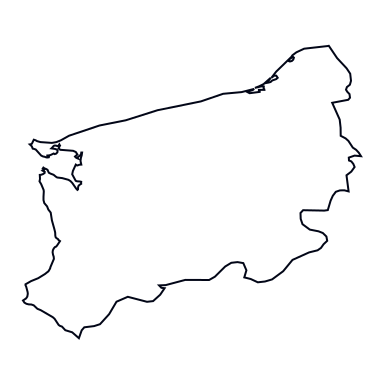 West Pomeranian, Natural Earth projection
{"feature_id": "POL-3142", "entity_name": "West Pomeranian", "entity_type": "Voivodeship", "adm_level": 1, "iso_a3": "POL", "parent_name": "Poland", "parent_adm1": "", "projection": "natural_earth1", "projection_center": [15.248, 53.587], "detail": "fine", "context": "isolated", "style": "outline", "palette": "ink", "viewbox_px": 384, "rotation_deg": 0, "n_neighbors": 0, "source": "natural_earth", "source_scale": "10m", "svg_char_len": 3507}
<svg xmlns="http://www.w3.org/2000/svg" viewBox="0 0 384 384"><path d="M78.9,338.2L72.2,332.3L65.3,330.2L62.0,326.6L59.8,325.8L58.6,324.9L54.6,318.8L52.8,317.2L40.6,310.1L37.4,308.8L33.7,305.3L31.3,304.5L28.8,304.4L26.4,303.8L24.4,302.6L23.0,300.5L26.1,298.4L27.3,296.6L27.8,293.8L27.6,292.0L26.2,286.7L25.5,285.2L25.5,284.3L31.1,281.1L38.2,278.2L45.0,274.0L48.5,271.2L50.1,268.5L50.4,267.2L53.9,258.9L53.7,256.7L53.0,254.6L52.6,252.2L52.9,250.2L53.8,248.4L54.9,247.1L56.1,246.6L57.0,245.6L60.0,241.1L58.5,240.0L58.1,239.2L56.3,238.0L55.6,237.1L55.3,235.6L55.2,232.9L55.0,231.7L54.3,228.9L51.9,220.3L50.7,212.6L48.3,209.5L47.1,206.4L44.3,203.1L43.5,200.1L43.5,196.8L43.8,191.4L43.6,189.9L41.2,184.2L39.5,181.3L40.0,179.0L39.8,174.9L41.0,174.8L43.0,174.1L44.6,173.0L44.7,171.8L42.7,170.7L43.8,170.2L44.2,169.7L43.8,169.2L42.7,168.7L43.4,167.6L44.5,168.4L46.1,169.0L47.5,169.8L48.8,172.7L50.5,173.6L53.6,174.8L55.9,176.7L57.2,177.5L62.2,178.1L68.4,179.8L70.5,181.1L72.3,183.0L76.1,188.5L77.4,189.9L78.0,189.4L78.1,187.1L78.6,185.7L79.6,184.8L81.2,183.8L81.1,183.3L81.1,182.7L81.2,181.8L80.0,181.5L77.0,181.3L75.7,180.8L72.2,174.3L72.9,171.0L75.8,164.6L77.1,165.5L78.2,165.2L79.5,164.7L81.3,164.6L80.5,160.9L80.9,157.9L81.7,155.3L82.1,152.5L81.3,152.5L81.0,154.3L80.1,155.4L77.4,157.5L78.1,158.6L77.1,158.2L76.3,157.8L75.6,157.3L75.0,156.5L75.6,156.1L76.6,155.1L77.4,154.5L75.8,152.0L73.1,150.8L60.3,149.8L58.6,148.3L60.0,145.5L59.6,145.2L59.3,144.4L58.2,145.9L57.3,146.1L56.3,145.7L54.9,145.5L53.9,145.8L53.1,146.5L52.4,147.4L51.4,148.4L54.8,148.9L56.7,149.5L57.6,150.5L57.4,152.3L56.2,153.6L54.7,154.1L53.7,153.5L50.6,155.0L49.0,155.4L47.3,155.5L47.3,156.5L48.9,157.0L48.8,157.3L47.3,157.5L46.3,157.4L44.4,156.7L43.1,156.5L41.2,155.6L35.7,149.5L33.0,148.6L32.7,148.6L31.8,146.3L29.8,144.4L30.9,144.2L31.9,143.7L33.8,139.7L35.7,140.3L37.0,141.1L40.5,142.1L51.9,142.9L56.4,142.1L60.9,140.3L69.1,135.7L99.5,125.5L125.7,120.3L157.6,110.2L178.3,106.0L200.9,101.4L223.1,93.8L241.6,92.1L254.2,88.9L252.8,90.0L247.1,91.9L249.6,93.2L259.7,91.9L259.7,91.0L258.9,91.0L258.9,89.9L264.4,89.9L264.3,89.2L264.2,89.1L263.6,88.9L263.8,86.5L261.2,86.4L254.9,87.9L258.9,86.4L263.6,84.1L270.7,77.8L269.2,80.0L266.7,82.0L265.7,83.1L266.7,82.9L268.8,82.5L270.6,82.0L272.2,80.5L276.2,79.1L277.7,77.8L276.3,75.7L274.0,75.7L273.0,76.6L271.4,77.8L276.2,71.6L289.4,58.8L289.4,59.7L288.8,61.1L289.9,61.5L291.8,61.0L293.2,59.7L293.9,57.7L293.3,57.1L291.8,57.6L290.1,58.8L292.4,55.3L296.4,52.3L304.1,48.7L328.0,46.0L328.8,45.8L329.0,46.1L337.1,58.1L346.6,68.3L350.2,73.7L351.0,80.8L349.9,84.7L346.9,87.1L346.0,89.7L347.3,91.8L349.5,94.1L350.0,97.7L348.2,99.8L332.2,102.8L339.7,119.6L340.6,127.7L340.7,135.8L345.6,138.4L348.4,140.9L352.8,147.6L356.1,149.8L358.8,152.7L361.0,156.2L354.6,155.6L348.8,157.6L349.0,160.5L351.3,161.4L353.3,163.9L354.6,167.0L351.3,171.6L346.5,175.3L348.6,191.4L344.3,190.3L339.9,190.4L335.8,191.8L332.8,195.8L330.6,200.7L327.8,210.1L324.3,210.6L303.1,210.2L300.5,213.0L300.7,218.9L302.5,224.2L309.8,229.6L318.5,231.3L322.8,233.0L326.4,236.5L327.2,240.8L323.6,244.2L321.0,247.9L317.6,250.3L309.1,252.4L292.5,259.9L283.2,271.2L272.1,279.4L265.0,281.5L257.8,282.3L250.7,279.0L244.3,277.4L246.4,270.3L243.3,263.1L237.5,262.1L231.3,262.8L225.2,266.5L214.9,276.7L209.1,280.0L185.3,279.9L165.7,285.1L159.1,285.4L161.4,287.8L164.6,288.2L160.2,294.7L153.1,301.1L147.0,301.8L127.8,296.8L116.5,301.7L109.1,314.2L100.0,324.2L94.1,326.1L84.3,327.3L81.7,330.3L78.9,338.2Z" fill="none" stroke="#020617" stroke-width="2"/></svg>